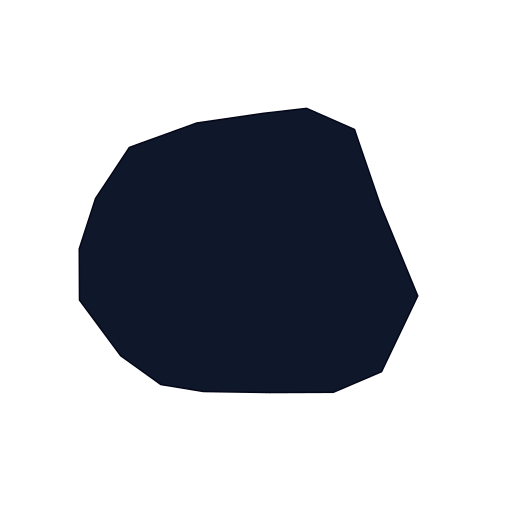 Shusha City, Şuşa, Azerbaijan, rotated 301°
{"feature_id": "54616110B73470411147872", "entity_name": "Shusha City", "entity_type": "district", "adm_level": 2, "iso_a3": "AZE", "parent_name": "Azerbaijan", "parent_adm1": "Şuşa", "projection": "orthographic", "projection_center": [46.748, 39.738], "detail": "fine", "context": "isolated", "style": "filled", "palette": "ink", "viewbox_px": 512, "rotation_deg": 301, "n_neighbors": 0, "source": "geoboundaries", "source_scale": "gbopen_adm2", "svg_char_len": 405}
<svg xmlns="http://www.w3.org/2000/svg" viewBox="0 0 512 512"><g transform="rotate(301 256 256)"><path d="M244.5,89.8L222.8,88.8L171.1,100.8L127.3,127.4L100.8,191.4L96.8,240.6L112.7,280.6L145.9,337.9L179.0,392.5L221.5,423.2L305.1,415.2L363.5,336.6L408.8,282.8L415.2,275.3L408.6,223.3L382.0,188.7L339.6,136.8L293.1,99.0L283.8,91.5L244.5,89.8Z" fill="#0f172a" stroke="#020617" stroke-width="1.5"/></g></svg>